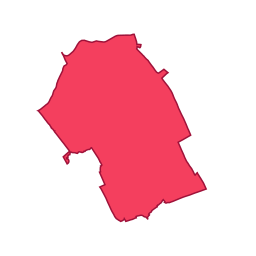 Broscauti, Botosani, Romania, rotated 105°
{"feature_id": "2599482B91483518558986", "entity_name": "Broscauti", "entity_type": "district", "adm_level": 2, "iso_a3": "ROU", "parent_name": "Romania", "parent_adm1": "Botosani", "projection": "mercator", "projection_center": [26.483, 47.957], "detail": "fine", "context": "isolated", "style": "filled", "palette": "rose", "viewbox_px": 256, "rotation_deg": 105, "n_neighbors": 0, "source": "geoboundaries", "source_scale": "gbopen_adm2", "svg_char_len": 5662}
<svg xmlns="http://www.w3.org/2000/svg" viewBox="0 0 256 256"><g transform="rotate(105 128 128)"><path d="M158.0,188.2L159.6,186.0L161.5,183.6L162.4,182.4L165.5,178.4L172.6,183.1L178.4,177.5L177.4,176.7L176.5,176.4L175.8,176.4L175.0,176.6L174.2,177.1L173.6,177.6L173.5,178.2L173.5,178.8L173.6,179.2L173.3,179.3L172.8,179.6L172.6,179.4L172.3,178.8L172.0,178.4L171.5,178.5L171.0,178.8L170.5,178.8L170.2,178.6L169.7,178.7L169.3,178.2L168.9,177.3L168.3,177.3L167.8,177.5L167.3,177.4L166.9,177.6L166.3,177.1L166.0,176.6L166.2,175.6L165.9,174.2L165.7,173.4L165.6,172.5L165.7,171.5L165.6,170.3L165.2,170.0L164.2,169.7L163.8,169.2L163.6,168.9L163.6,167.7L163.5,167.2L163.4,166.9L163.6,166.4L163.4,165.7L163.2,165.3L163.0,165.1L162.4,164.6L162.0,164.5L161.8,164.5L161.7,164.3L161.7,164.2L161.8,164.0L161.9,163.9L161.8,163.6L161.7,163.5L161.3,163.3L160.8,163.1L160.5,162.8L160.0,162.2L159.4,161.4L159.0,160.7L158.9,160.4L158.7,159.6L158.4,159.4L158.0,159.1L156.9,158.7L156.6,158.3L156.5,158.1L162.4,151.6L164.8,148.9L166.4,147.5L167.0,146.9L167.7,146.5L168.0,146.2L168.5,145.5L170.5,143.7L170.8,143.8L171.0,143.8L171.8,144.7L172.4,144.3L172.7,144.4L173.0,144.5L173.7,144.4L175.9,143.9L177.4,143.2L178.0,144.1L188.7,135.6L192.3,140.0L193.7,138.3L198.1,134.2L201.5,131.1L205.2,128.2L207.8,126.0L211.7,122.8L213.1,121.5L214.4,120.2L214.8,119.8L215.4,119.2L216.5,118.3L217.0,117.8L217.4,117.4L217.6,117.0L217.8,116.7L218.5,116.0L218.9,114.7L219.3,113.6L219.6,112.6L219.6,112.1L219.8,111.8L219.9,111.5L220.1,110.8L219.6,110.3L219.0,109.4L218.5,109.0L217.8,108.4L217.4,108.2L217.1,108.1L216.8,108.1L216.6,108.1L218.2,106.4L218.7,106.1L218.8,106.0L218.0,104.7L217.7,104.2L216.0,101.7L215.2,100.2L214.5,99.3L212.9,97.4L212.7,97.2L212.6,96.8L212.0,97.1L211.6,97.3L211.4,97.3L211.2,97.0L210.6,96.2L210.4,95.9L209.9,94.8L209.6,94.3L209.4,93.8L209.2,93.5L209.0,93.0L208.8,92.4L208.8,91.6L208.8,91.3L209.1,90.4L209.3,90.0L209.4,89.7L209.5,89.2L209.5,88.6L209.4,88.1L209.4,87.7L209.6,87.1L209.9,86.9L209.9,86.7L210.1,86.4L211.1,85.1L210.4,85.5L209.7,86.1L208.3,85.7L208.0,85.6L207.3,85.3L207.2,85.2L206.9,85.0L206.4,84.8L205.9,85.7L205.0,85.4L203.9,84.6L203.3,83.9L203.0,83.9L202.7,83.8L202.3,83.6L202.0,83.6L201.7,83.7L200.7,82.9L197.3,80.2L196.6,79.4L196.3,79.5L196.1,79.5L195.7,79.8L195.4,79.7L195.3,79.4L195.2,79.4L194.9,79.4L194.7,79.3L194.7,79.1L194.6,78.8L194.0,78.4L193.7,78.2L192.7,77.6L191.9,76.8L191.4,76.6L190.1,76.1L189.4,76.1L189.2,76.0L189.0,75.8L188.1,75.4L189.6,73.3L190.3,73.6L190.7,72.0L190.6,71.8L190.5,71.5L190.2,71.2L189.9,70.6L189.7,70.1L189.5,69.4L189.4,68.8L188.0,66.8L187.4,65.9L185.8,63.8L182.7,59.8L180.4,56.7L179.0,54.6L176.7,51.0L173.7,46.9L171.7,43.9L171.0,42.9L170.0,41.4L168.7,39.6L166.9,37.0L166.7,36.7L162.4,40.2L161.7,40.8L160.4,42.1L159.4,43.2L158.0,44.6L156.3,46.5L155.4,47.4L154.0,49.0L153.3,49.5L153.8,49.9L155.3,50.6L156.1,51.0L155.7,51.6L155.2,52.1L153.5,53.5L153.2,53.8L152.6,54.3L152.1,54.8L151.6,55.3L151.1,55.7L150.7,56.1L149.0,58.3L148.7,58.7L146.4,61.1L145.9,61.8L144.8,63.0L141.8,65.6L139.6,67.2L137.4,69.0L135.0,71.0L133.3,72.3L131.2,74.0L128.8,75.9L125.1,72.0L122.2,69.1L118.7,65.6L114.2,69.1L113.2,70.0L109.6,72.7L104.6,76.7L101.8,79.2L100.8,80.1L97.9,82.5L95.8,84.3L94.6,85.1L93.9,85.7L92.9,86.3L91.0,87.8L88.0,90.5L85.7,92.3L84.8,92.9L82.7,94.5L80.8,96.3L78.9,98.5L77.3,100.3L74.2,104.5L72.4,106.8L71.1,108.2L65.7,104.9L64.2,103.7L63.9,104.4L62.0,108.5L63.9,110.0L67.1,112.7L67.1,113.3L66.9,114.1L66.8,114.7L65.3,116.7L62.8,119.6L61.4,121.5L59.9,123.4L57.9,125.8L57.7,125.9L57.6,126.1L57.5,126.3L57.2,126.8L56.8,127.8L56.2,128.8L55.5,129.9L55.2,130.4L54.8,130.9L54.5,131.3L53.8,132.7L53.1,133.7L52.1,135.5L51.5,136.5L50.7,137.9L50.1,138.9L49.3,140.1L48.5,140.0L48.1,140.0L47.2,140.2L46.9,140.3L46.9,139.7L47.2,138.4L47.4,137.4L47.1,137.1L46.7,137.0L46.1,136.9L45.6,136.9L45.3,137.0L44.9,137.0L44.1,137.1L44.2,138.0L44.4,138.8L44.6,140.1L44.9,141.1L43.9,141.5L43.1,141.8L42.6,142.0L39.7,143.8L38.2,144.8L36.4,146.0L35.9,146.2L35.9,146.5L36.2,147.3L36.4,147.4L36.5,147.7L36.5,147.9L36.8,148.3L37.3,148.9L37.6,149.5L38.0,150.6L38.2,151.5L38.5,152.7L39.0,154.5L40.6,159.9L41.1,161.5L41.5,162.4L42.1,163.3L42.8,164.2L46.9,168.3L49.9,171.4L50.4,172.0L50.8,172.7L51.1,173.3L51.3,174.1L51.4,174.8L52.0,179.1L52.1,181.1L53.7,183.5L54.6,184.9L54.8,187.6L54.6,192.9L55.4,195.4L57.3,197.2L60.4,198.4L64.5,199.4L66.7,200.2L67.8,200.6L68.7,201.1L70.6,202.4L71.4,202.9L73.0,204.1L73.4,204.5L73.7,205.0L74.0,205.6L74.2,206.1L74.3,206.7L74.3,207.5L74.3,208.2L74.3,208.4L74.1,209.0L73.8,209.6L73.3,210.2L73.1,210.4L72.2,211.4L71.9,211.8L73.2,210.7L74.9,209.0L78.6,206.2L81.5,203.5L82.9,204.0L83.9,205.0L84.3,205.5L84.7,205.8L85.7,206.0L87.3,206.2L87.8,206.2L88.5,206.1L89.7,206.0L90.4,206.1L92.2,206.5L93.9,206.8L95.8,207.2L97.0,207.4L98.2,207.6L100.5,208.0L101.1,208.0L101.8,208.0L103.0,208.2L103.6,208.2L104.0,208.2L106.0,208.0L107.0,208.0L107.6,208.0L110.0,208.8L111.2,209.3L111.6,209.3L112.9,209.4L115.2,209.4L116.1,209.5L116.6,209.6L117.1,209.7L117.5,209.9L118.9,210.3L120.9,210.7L121.8,210.8L122.9,211.0L124.0,211.4L124.8,211.7L125.1,211.8L125.5,212.1L126.2,212.7L127.1,213.4L128.3,214.2L130.9,216.1L132.5,217.3L133.8,218.5L134.2,219.0L134.5,219.3L134.5,219.1L135.7,217.5L138.4,213.7L139.6,212.3L140.2,211.5L140.8,210.8L141.9,209.3L142.2,208.8L142.3,208.7L142.5,208.5L143.0,207.9L144.7,205.6L144.9,204.9L145.1,204.6L145.7,204.1L146.4,203.3L146.7,203.0L146.9,202.8L147.4,202.1L147.7,202.2L147.8,202.0L147.9,201.8L148.0,201.6L148.3,201.2L148.4,200.8L148.5,200.4L149.5,199.2L149.8,198.7L149.9,198.4L149.9,198.2L150.1,198.3L150.3,198.3L150.5,198.1L150.7,197.9L152.2,195.8L158.0,188.2Z" fill="#f43f5e" stroke="#9f1239" stroke-width="1.5"/></g></svg>